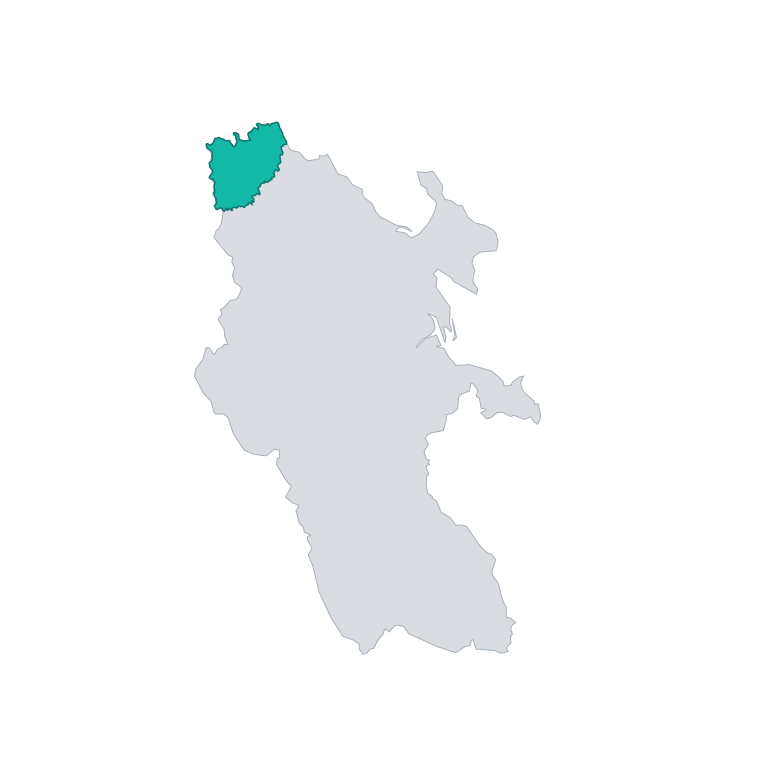 where Luhans'k sits in Ukraine, rotated 244°
{"feature_id": "UKR-329", "entity_name": "Luhans'k", "entity_type": "Region", "adm_level": 1, "iso_a3": "UKR", "parent_name": "Ukraine", "parent_adm1": "", "projection": "equal_earth", "projection_center": [38.683, 48.937], "detail": "fine", "context": "in_parent", "style": "filled", "palette": "teal", "viewbox_px": 768, "rotation_deg": 244, "n_neighbors": 0, "source": "natural_earth", "source_scale": "10m", "svg_char_len": 9529}
<svg xmlns="http://www.w3.org/2000/svg" viewBox="0 0 768 768"><g transform="rotate(244 384 384)"><path d="M508.5,493.6L516.2,504.5L522.7,510.2L526.1,510.4L535.4,506.5L541.4,507.8L546.7,504.3L560.2,506.9L555.9,513.9L553.9,521.1L536.3,523.7L529.9,519.5L523.1,519.7L519.1,524.9L512.2,528.5L509.9,532.5L497.5,532.4L489.1,536.1L482.5,544.1L475.4,549.1L469.9,550.7L461.4,548.7L454.6,543.4L460.5,528.0L458.8,519.7L453.4,515.8L446.6,515.5L437.8,508.8L427.5,509.7L424.1,506.4L445.8,491.5L450.4,490.8L463.5,482.9L461.3,476.5L455.8,478.2L448.4,473.1L424.1,477.1L409.7,469.4L402.9,468.5L401.3,466.7L408.4,465.0L409.1,462.2L399.4,460.4L394.2,456.9L420.9,460.3L428.3,454.2L420.8,456.4L413.3,455.0L410.6,453.1L407.6,447.0L407.7,438.6L404.7,431.1L402.2,428.8L406.7,441.0L404.9,452.8L393.7,452.1L394.9,447.3L389.3,453.7L380.5,453.9L369.1,457.0L363.9,469.2L348.5,486.4L334.9,492.2L330.4,491.2L328.5,492.6L327.3,497.9L329.5,500.5L330.9,509.0L330.0,512.7L325.7,507.8L320.3,505.7L314.2,506.5L302.9,511.4L299.2,510.5L299.4,513.0L298.3,513.8L288.1,511.3L283.8,508.9L280.5,504.4L283.9,502.3L290.3,501.5L290.4,495.1L298.8,487.0L299.3,483.4L306.5,478.5L308.8,473.1L306.7,465.1L307.9,461.0L315.6,458.2L315.9,464.4L317.5,463.8L319.4,460.6L329.5,463.5L332.7,461.4L336.8,465.6L344.8,464.4L346.7,462.5L340.1,457.5L341.1,449.6L339.2,445.1L329.4,439.4L327.7,432.4L329.0,426.3L324.0,423.9L316.2,417.0L319.4,405.0L319.1,400.4L317.0,397.0L310.3,397.5L305.9,390.4L298.0,389.1L295.6,391.7L294.4,389.3L291.7,389.4L292.1,386.5L290.4,385.4L283.8,384.7L282.3,382.0L275.4,378.0L266.7,375.4L261.8,378.0L259.7,377.3L255.9,379.9L243.5,379.2L235.7,384.5L225.2,386.9L224.0,390.7L219.9,395.8L196.7,399.2L186.7,402.9L183.3,406.2L177.2,407.4L167.7,398.4L164.6,397.7L154.4,399.4L138.0,395.8L129.5,395.9L121.0,391.8L117.9,395.2L111.8,397.7L111.5,394.2L109.0,390.8L103.0,389.8L101.2,386.8L95.8,384.7L93.3,378.3L89.3,378.4L90.4,371.6L95.9,366.7L105.4,350.6L115.1,352.0L115.5,350.2L111.2,346.5L112.6,341.3L111.0,331.2L113.1,328.5L125.0,316.4L148.7,296.8L157.2,295.4L161.5,290.5L161.9,287.0L158.9,280.1L163.2,277.7L163.0,276.6L159.7,273.8L156.5,266.3L150.9,258.8L151.7,255.4L149.8,250.4L150.3,246.7L156.3,245.6L161.1,247.7L167.0,244.5L175.3,236.4L198.0,233.9L225.2,234.5L251.7,240.3L263.4,241.0L267.8,247.2L277.5,247.1L280.3,248.3L280.3,252.1L285.7,247.4L290.5,248.8L296.1,246.8L309.2,249.5L310.5,252.9L313.1,253.9L317.2,249.5L325.4,246.0L332.6,255.9L339.3,253.8L358.8,252.1L363.4,255.2L364.0,258.2L370.6,260.7L373.6,257.0L371.0,247.3L372.8,243.6L378.7,235.3L386.2,229.2L405.1,226.8L422.4,229.1L427.6,226.5L430.4,220.2L432.8,218.8L444.5,221.0L455.4,217.5L474.0,217.3L479.8,221.0L485.5,231.9L494.4,239.9L493.7,242.5L485.4,244.0L485.2,245.3L487.8,249.0L488.5,256.7L489.9,257.6L487.9,261.0L496.7,261.8L503.7,264.4L515.0,263.1L517.9,268.9L522.8,269.6L522.8,273.4L526.6,282.5L525.0,287.2L525.5,290.1L531.2,297.1L533.8,298.0L540.9,294.3L548.1,295.5L554.1,300.7L560.4,300.7L564.2,303.6L568.7,300.3L590.2,295.4L595.3,300.3L596.0,303.4L599.1,307.8L610.2,315.5L613.4,314.7L614.4,311.2L617.0,310.1L623.2,313.7L629.6,314.2L638.3,319.4L646.6,318.2L650.8,322.9L656.0,323.4L666.3,329.9L676.0,329.7L675.3,335.7L677.6,338.3L677.1,343.1L670.0,350.9L663.4,353.3L665.6,357.2L673.3,359.8L673.8,361.0L666.9,361.6L664.1,364.5L662.1,370.6L668.4,372.7L670.2,380.3L668.8,382.7L672.5,384.2L665.3,402.0L635.3,402.3L629.3,409.6L620.4,411.9L617.7,414.1L614.8,424.2L617.5,426.1L614.8,430.4L615.2,433.9L593.1,434.6L586.3,441.4L576.6,443.1L568.2,450.0L564.7,447.9L560.4,447.9L551.0,452.4L542.6,452.0L536.0,453.9L521.7,464.3L515.0,473.4L508.6,476.1L517.6,468.6L518.1,464.7L516.1,461.7L510.4,469.2L503.2,472.5L503.3,481.2L508.5,493.6ZM413.3,474.0L394.0,469.6L392.4,464.6L396.5,468.9L413.3,474.0Z" fill="#d9dde1" stroke="#a8b0b8" stroke-width="1"/><path d="M614.8,309.7L616.9,309.8L617.8,309.7L618.4,309.7L618.8,310.2L619.8,312.6L620.2,313.0L620.8,313.3L622.2,313.4L622.8,313.6L623.6,314.0L624.7,314.4L627.1,314.0L628.7,314.3L629.0,314.1L629.3,314.0L630.1,313.8L630.1,313.7L630.1,313.8L630.4,314.6L630.5,315.2L630.7,315.6L630.9,315.8L632.8,316.9L636.2,317.8L637.3,318.6L638.1,319.6L639.0,320.3L642.0,320.2L642.6,320.0L643.2,319.6L644.2,318.3L644.8,317.8L646.0,317.4L646.9,318.1L648.7,321.9L649.4,322.7L650.4,323.3L651.6,323.5L652.9,323.3L654.1,322.8L655.3,322.5L656.5,323.2L657.1,323.4L659.0,323.6L659.5,324.0L659.8,325.0L660.3,326.7L661.2,328.2L662.2,328.7L663.3,329.0L664.6,329.5L666.3,330.8L667.0,331.1L667.9,331.1L668.9,331.0L669.8,330.6L670.6,330.2L672.6,328.6L673.3,328.4L674.0,328.4L677.1,329.1L677.6,329.5L677.5,330.4L677.0,331.0L675.8,331.6L675.2,332.0L674.6,333.4L674.8,334.7L675.5,335.9L676.8,337.6L678.3,339.1L678.7,339.7L678.6,340.5L678.1,341.9L678.1,343.4L677.9,343.8L677.1,344.1L676.5,344.6L675.4,346.0L674.8,346.6L672.9,347.7L672.0,348.4L671.3,349.4L671.2,350.0L671.1,351.2L670.9,351.6L670.6,351.8L670.1,351.9L669.1,351.7L668.1,351.7L665.4,352.5L663.8,352.4L663.2,352.7L663.0,354.8L663.4,355.4L664.1,355.7L664.7,356.2L665.1,357.0L665.4,357.5L665.8,357.9L666.5,358.2L669.1,358.7L670.3,358.6L670.7,358.7L671.0,358.9L671.6,359.6L672.0,359.7L672.7,359.4L673.3,358.8L673.9,358.3L674.8,358.4L675.4,359.0L675.4,359.9L674.9,360.7L674.3,361.4L672.9,362.4L671.6,362.5L667.9,361.3L667.2,361.3L666.5,361.6L665.8,362.2L665.6,362.7L665.3,363.2L665.1,363.5L664.3,363.8L664.0,364.2L662.0,369.8L661.7,370.8L663.0,370.8L663.6,370.5L667.5,371.0L668.4,371.4L669.0,372.1L669.3,373.2L669.3,373.5L669.5,374.1L669.4,374.4L669.1,374.5L668.8,374.5L668.6,374.5L668.7,375.2L669.0,375.5L669.4,375.7L670.4,377.7L670.8,378.7L671.0,379.3L671.3,379.7L670.6,380.3L670.0,380.9L667.8,382.5L670.1,383.7L670.7,383.7L672.4,383.1L673.2,383.3L673.6,384.0L673.6,384.8L673.1,385.6L672.6,386.1L671.0,387.1L670.4,387.8L668.8,390.4L668.4,391.3L668.3,392.2L668.8,393.5L668.8,393.9L668.7,394.0L668.5,393.9L666.7,394.2L666.3,394.4L666.1,394.8L666.1,395.1L666.4,395.3L666.7,395.8L667.2,396.7L667.3,397.1L667.2,397.7L667.1,398.1L666.7,398.7L666.7,399.1L666.7,399.4L666.8,400.0L666.6,401.4L666.1,402.5L665.3,403.2L664.2,403.4L660.9,402.7L659.9,402.6L657.9,402.9L656.9,402.8L656.2,402.6L654.7,402.9L654.0,402.9L653.4,402.7L652.3,402.1L651.6,402.0L646.8,402.3L645.5,402.6L644.9,402.7L644.2,402.5L642.4,401.5L642.4,401.1L643.0,398.9L642.9,398.3L642.5,398.1L642.3,397.9L642.2,397.6L642.1,397.2L642.2,395.8L642.2,395.4L642.0,395.2L639.0,394.6L636.6,394.6L636.3,394.5L635.9,394.3L635.1,393.7L634.7,393.3L634.6,393.1L634.7,392.7L634.9,392.3L635.2,391.9L635.3,391.7L635.3,391.1L635.2,390.9L633.1,389.8L629.0,388.5L628.3,388.1L628.1,387.9L628.2,386.8L628.1,386.5L627.6,385.5L627.5,385.1L627.4,384.7L627.2,384.3L627.1,383.9L626.9,383.8L626.7,383.7L623.5,384.0L622.9,383.9L622.5,383.7L622.3,383.6L622.2,383.5L622.1,382.9L621.8,382.1L621.8,381.8L621.9,381.7L622.0,381.7L623.5,381.4L623.8,381.3L624.0,381.1L624.1,380.9L624.2,380.6L624.1,380.4L623.7,379.7L623.3,379.3L622.6,378.8L622.3,378.5L622.2,377.9L622.0,377.6L621.7,377.1L621.4,376.9L620.8,377.2L620.7,377.3L620.3,377.3L619.9,377.1L619.3,377.0L619.0,376.8L618.5,376.6L618.4,376.4L618.3,376.2L618.3,375.9L618.3,375.6L618.4,375.0L618.6,374.3L618.7,374.0L618.7,373.6L618.4,373.4L617.9,373.3L617.5,373.1L617.1,372.9L616.9,372.6L617.0,372.3L617.2,371.6L617.2,371.4L617.2,371.1L616.7,370.1L616.8,369.4L616.6,368.7L616.6,367.5L616.7,367.2L616.8,367.0L617.0,366.8L617.7,366.2L618.2,365.6L618.4,365.3L618.4,365.0L618.4,364.9L618.2,364.9L617.4,365.0L617.2,365.0L617.1,364.7L617.2,364.4L617.2,364.1L617.9,363.1L618.1,362.8L618.1,362.6L618.1,362.3L618.0,361.9L617.7,361.4L617.6,361.2L617.6,360.9L617.6,360.7L617.6,360.3L617.4,360.2L616.4,360.0L616.1,359.8L616.0,359.7L615.9,359.5L615.9,358.9L615.9,358.6L615.8,358.2L615.4,357.2L615.3,356.8L614.1,356.4L610.4,356.2L610.1,356.2L609.9,356.1L609.6,355.8L609.4,355.7L608.8,355.5L608.7,355.4L608.8,355.2L608.9,354.9L609.0,354.8L609.1,354.7L609.3,354.7L609.7,354.7L609.8,354.6L609.9,354.2L610.6,354.0L610.8,354.0L610.9,353.9L611.0,353.7L611.0,353.4L610.1,351.5L609.9,351.0L609.8,350.7L610.4,350.1L610.5,349.8L610.6,349.7L610.5,349.1L610.6,348.7L610.8,347.7L610.8,347.4L610.7,347.4L609.2,347.3L608.9,347.4L607.9,348.1L607.6,348.1L607.4,348.1L606.5,347.6L605.1,347.1L604.8,346.9L604.7,346.8L604.7,346.6L605.0,345.9L605.2,345.7L606.1,345.7L606.3,345.6L606.4,345.3L606.2,345.2L605.5,345.1L605.1,344.9L604.6,344.4L604.2,344.1L603.9,344.0L603.6,344.0L604.4,343.4L605.2,342.9L605.7,342.4L606.1,341.8L606.2,341.5L606.3,341.3L606.2,341.2L606.0,340.9L605.9,340.8L605.5,340.7L605.0,340.7L604.8,340.6L604.7,340.3L604.7,339.8L604.9,337.7L604.8,337.4L604.7,336.9L604.1,336.3L604.0,336.0L604.1,335.9L604.1,335.7L604.5,335.2L604.8,335.1L605.3,335.0L605.5,334.9L605.7,334.7L605.9,334.3L606.0,333.6L606.2,333.0L606.3,332.9L606.4,332.7L607.1,332.4L607.2,332.2L607.4,332.0L607.4,331.8L607.4,331.6L607.1,330.7L607.4,330.3L607.4,330.2L607.0,329.7L606.8,329.1L606.8,328.8L606.9,328.6L607.3,328.5L607.4,328.3L607.6,328.1L607.9,327.4L608.0,327.2L608.4,326.8L608.6,326.6L608.6,326.2L608.6,325.9L608.6,325.4L608.7,324.2L608.6,323.9L608.4,323.8L608.2,323.7L607.9,323.7L607.0,324.0L606.9,324.0L606.7,323.9L606.7,323.7L606.7,323.3L607.1,322.8L607.5,322.5L607.6,322.4L607.8,322.4L608.6,322.5L608.8,322.5L609.1,321.9L609.3,321.6L609.8,321.3L610.1,321.1L610.0,320.8L608.7,320.0L608.6,319.7L608.8,319.4L609.4,319.1L610.0,319.0L610.9,318.9L611.1,318.8L611.2,318.7L611.3,318.6L611.2,318.4L610.4,318.0L610.1,317.6L609.5,316.6L609.4,316.0L610.8,315.2L611.2,315.1L611.6,315.2L612.2,315.5L612.5,315.6L614.0,314.7L614.2,312.9L614.0,311.0L614.3,309.8L614.8,309.7Z" fill="#14b8a6" stroke="#0f766e" stroke-width="1.5"/></g></svg>